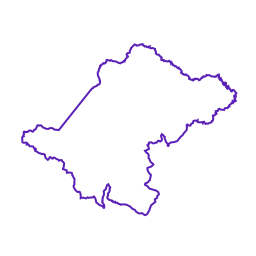 Páez, Cauca, Colombia, rotated 276°
{"feature_id": "7082276B49685507148696", "entity_name": "Páez", "entity_type": "district", "adm_level": 2, "iso_a3": "COL", "parent_name": "Colombia", "parent_adm1": "Cauca", "projection": "albers", "projection_center": [-75.976, 2.736], "detail": "fine", "context": "isolated", "style": "outline", "palette": "violet", "viewbox_px": 256, "rotation_deg": 276, "n_neighbors": 0, "source": "geoboundaries", "source_scale": "gbopen_adm2", "svg_char_len": 5883}
<svg xmlns="http://www.w3.org/2000/svg" viewBox="0 0 256 256"><g transform="rotate(276 128 128)"><path d="M192.0,111.0L192.6,110.2L193.0,107.5L192.8,106.0L193.8,103.9L193.1,103.4L193.0,102.9L193.6,100.1L193.2,99.5L192.3,99.7L191.6,99.2L190.8,99.2L189.7,98.0L190.0,97.5L189.9,96.6L188.7,96.1L188.1,94.7L187.4,94.4L186.9,93.7L186.3,93.7L186.1,94.1L185.1,93.4L184.7,93.6L183.0,92.8L181.6,93.0L180.2,92.1L177.2,92.5L174.2,94.3L173.5,94.7L172.7,94.6L172.3,95.1L170.6,95.5L168.9,95.2L168.3,94.6L167.8,93.2L166.8,92.8L164.8,89.3L164.0,89.1L163.5,88.0L118.7,59.4L118.8,54.6L119.3,54.1L120.0,52.6L119.7,50.1L118.6,48.8L118.7,46.8L119.6,43.6L121.6,41.1L121.1,39.5L121.4,38.1L120.9,37.6L117.1,36.3L116.4,34.9L114.6,34.1L114.4,33.3L115.1,32.1L115.3,31.0L114.9,29.7L113.5,28.5L113.5,27.1L113.1,26.1L113.6,25.4L113.4,24.9L112.7,24.7L110.9,25.2L109.7,24.6L108.9,25.2L108.1,24.0L106.7,23.7L105.3,24.2L103.6,24.2L102.9,24.5L102.4,25.5L102.9,28.6L102.3,29.4L101.5,28.8L100.9,28.9L101.0,31.0L99.6,32.1L99.7,35.6L98.3,36.5L97.7,38.4L96.9,38.5L96.4,37.6L95.3,38.3L95.2,39.4L93.8,41.9L93.5,44.0L93.0,45.1L93.5,46.5L92.7,48.2L91.7,48.2L89.7,49.2L87.9,51.6L89.4,52.8L90.7,53.1L91.0,53.7L89.6,55.9L90.1,56.7L90.8,57.0L90.7,58.2L89.6,60.2L89.2,62.1L88.3,62.7L89.1,64.3L89.1,65.4L88.2,65.9L87.2,67.4L86.1,68.2L82.2,68.1L81.1,67.6L80.3,67.7L79.6,71.3L77.0,72.0L77.5,73.4L77.6,75.9L77.3,76.9L75.0,77.6L74.8,78.1L73.0,79.0L71.7,80.2L67.9,80.3L66.6,80.7L64.7,79.9L63.8,80.1L61.4,81.6L59.4,83.8L59.1,85.0L59.5,86.2L59.4,86.7L56.9,87.9L53.2,88.3L54.1,90.4L53.6,93.7L54.8,95.0L54.4,96.1L55.2,98.8L55.0,99.6L55.4,100.4L56.2,100.8L56.2,101.5L54.5,102.9L50.6,104.3L48.2,108.2L47.7,111.2L46.3,111.8L46.0,112.4L46.4,112.7L48.4,112.4L49.4,112.0L51.7,110.0L53.0,110.4L53.7,110.0L55.2,110.3L56.2,110.0L58.9,111.0L60.9,110.9L62.3,110.5L63.7,111.1L64.4,112.1L69.1,113.2L70.0,114.3L67.8,115.7L67.4,116.4L66.7,116.6L65.8,116.0L63.8,116.4L62.0,115.8L60.8,114.9L58.9,115.3L57.5,114.6L56.1,114.8L54.6,116.7L54.2,119.5L53.7,119.6L53.8,120.4L53.1,120.6L52.6,121.6L53.1,122.7L52.7,122.7L52.3,123.8L52.6,125.2L51.5,126.6L51.4,127.9L50.9,128.7L51.4,129.7L51.7,133.7L51.2,135.7L50.0,138.5L48.0,141.0L47.3,143.3L45.5,145.0L44.4,147.1L44.2,148.6L44.8,150.9L43.1,153.8L43.7,155.3L44.7,156.3L46.2,156.7L48.3,157.9L49.8,158.0L53.6,159.1L57.5,163.0L59.0,162.2L60.0,162.1L61.3,164.1L63.3,164.2L65.4,165.7L67.3,164.9L68.6,162.9L70.0,155.8L70.8,154.6L72.2,153.6L73.3,150.8L74.2,150.8L75.2,151.5L75.3,152.4L76.3,153.7L77.7,154.4L78.3,155.1L83.3,155.7L83.9,155.6L84.9,154.1L86.7,152.7L88.8,151.6L90.3,151.5L92.2,155.3L94.3,157.1L95.0,156.6L96.5,154.1L99.9,152.2L100.3,151.6L103.3,151.4L104.6,150.6L105.4,149.0L107.1,147.3L109.2,151.0L110.9,150.6L113.0,149.2L113.5,150.1L114.0,149.9L114.7,150.5L115.7,150.4L116.2,152.8L115.4,154.1L115.4,155.4L116.2,156.7L116.3,157.8L118.4,159.3L118.5,160.4L118.0,161.1L118.0,161.7L119.7,163.1L121.5,162.6L122.9,161.8L124.0,161.7L124.4,162.2L125.3,162.3L124.5,163.9L123.0,164.9L122.9,165.5L121.6,165.6L118.0,167.3L116.4,169.2L114.6,169.3L114.3,169.8L114.7,170.3L116.3,170.3L117.2,170.9L118.4,172.8L118.4,174.0L120.0,178.2L124.9,181.4L126.9,183.3L128.4,183.9L132.0,186.5L134.9,186.6L136.5,186.0L137.3,186.2L137.7,186.8L136.8,188.4L136.9,189.8L138.9,190.5L139.7,192.1L141.6,192.2L142.5,193.8L142.2,195.5L143.1,196.4L141.2,196.7L141.1,198.8L141.6,201.3L140.7,201.9L141.9,202.2L142.2,202.9L140.1,204.8L140.8,205.9L140.6,207.2L141.5,208.3L142.4,210.5L143.7,210.6L144.1,211.5L145.9,211.9L148.1,211.2L149.4,211.2L149.4,212.5L151.4,214.5L152.1,213.4L152.7,214.0L153.9,213.5L154.5,215.7L156.2,216.0L156.7,216.9L156.0,218.4L156.0,221.7L157.8,222.3L158.5,225.3L159.6,225.5L160.0,226.7L161.1,226.3L161.6,226.6L162.2,227.5L163.9,228.5L163.7,229.6L165.8,229.3L165.6,230.0L164.7,230.2L165.0,230.6L166.2,230.8L165.8,231.4L166.0,232.3L166.3,232.3L166.4,231.7L167.2,230.9L168.2,231.5L168.8,230.8L171.1,230.2L171.3,230.4L170.5,231.5L170.5,232.0L172.8,231.5L173.9,232.1L176.7,229.4L176.8,227.9L175.5,227.6L175.2,227.2L175.4,226.7L178.2,224.7L178.2,224.0L177.4,223.1L177.6,222.4L178.4,222.1L178.2,223.4L178.6,223.8L180.0,223.6L180.3,223.2L179.0,222.0L179.1,221.1L180.2,220.6L181.6,221.0L182.3,220.6L182.9,220.8L183.3,220.4L183.2,219.2L181.9,219.9L181.2,219.7L180.8,219.0L181.1,218.4L182.1,217.7L184.2,217.0L184.8,216.0L185.7,216.0L185.9,215.3L185.5,214.4L186.0,213.9L186.6,214.0L186.6,215.2L187.2,215.3L187.7,212.8L188.6,212.6L188.9,213.1L189.3,213.2L190.7,212.7L189.2,210.4L188.1,209.9L187.9,209.0L188.2,207.7L188.0,205.8L189.1,203.3L188.8,202.1L189.0,200.6L188.2,200.5L187.6,200.0L187.4,198.9L186.8,198.3L187.2,197.6L186.3,196.6L185.6,196.5L185.3,195.7L183.6,194.7L182.9,193.5L184.1,192.4L184.1,191.2L183.9,190.7L184.2,189.8L184.1,189.5L183.4,189.4L183.3,188.3L182.8,188.5L182.1,187.7L182.1,187.2L182.7,186.6L182.6,185.7L182.9,184.7L183.2,184.3L183.7,184.2L183.5,183.6L184.5,183.6L185.6,183.0L186.4,181.9L186.7,180.7L187.3,180.0L186.8,179.4L186.9,178.1L187.5,177.6L187.3,176.7L188.9,175.6L188.8,175.0L190.3,175.4L192.1,173.6L192.5,172.1L193.3,172.0L192.8,171.1L194.6,168.9L194.3,168.3L195.2,166.9L195.3,165.9L196.1,165.8L196.4,165.2L197.3,164.8L196.5,164.1L198.5,163.5L198.4,162.2L199.1,161.9L198.3,160.1L198.5,157.9L199.0,157.3L198.4,156.6L199.2,156.1L199.1,154.1L200.3,153.8L201.2,154.3L202.0,153.6L203.0,152.0L204.0,151.2L204.0,149.7L205.0,147.8L206.4,147.9L207.3,147.6L208.0,146.8L209.5,146.6L210.1,143.9L209.7,142.8L209.8,141.6L210.5,140.6L211.4,140.9L211.0,139.8L210.4,139.4L210.5,138.2L211.2,137.4L210.8,136.0L211.5,135.5L211.8,134.3L212.8,134.0L212.9,133.7L212.1,131.0L211.3,129.9L210.8,127.9L211.4,127.3L211.8,125.8L207.5,122.5L206.7,122.6L205.0,121.7L203.2,121.9L202.5,120.5L202.4,119.7L201.2,118.9L200.7,119.0L200.0,119.9L198.9,120.5L198.4,119.4L197.6,119.4L196.2,118.3L195.0,118.1L194.5,117.1L193.7,117.5L193.3,116.1L192.7,115.6L192.2,114.2L191.5,113.6L192.0,111.0Z" fill="none" stroke="#5b21b6" stroke-width="2"/></g></svg>